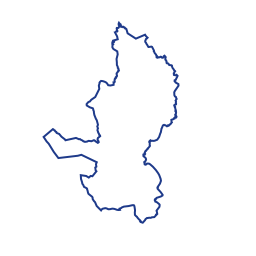 outline of Birnin Gwari, Kaduna, Nigeria, rotated 137°
{"feature_id": "59680162B79463473975333", "entity_name": "Birnin Gwari", "entity_type": "district", "adm_level": 2, "iso_a3": "NGA", "parent_name": "Nigeria", "parent_adm1": "Kaduna", "projection": "robinson", "projection_center": [6.471, 10.872], "detail": "fine", "context": "isolated", "style": "outline", "palette": "blue", "viewbox_px": 256, "rotation_deg": 137, "n_neighbors": 0, "source": "geoboundaries", "source_scale": "gbopen_adm2", "svg_char_len": 5766}
<svg xmlns="http://www.w3.org/2000/svg" viewBox="0 0 256 256"><g transform="rotate(137 128 128)"><path d="M165.2,45.2L164.1,46.9L163.6,48.0L162.9,48.2L158.8,48.9L157.9,49.6L157.2,50.3L157.1,51.0L157.3,52.6L157.5,54.0L158.2,55.6L157.7,56.1L157.8,56.5L157.6,57.1L156.7,57.5L156.1,57.4L156.0,57.1L155.7,57.0L155.3,57.3L154.7,57.4L150.7,55.5L148.8,55.1L148.3,55.4L148.0,57.4L147.8,59.2L147.8,63.2L147.4,64.0L146.9,64.0L146.8,64.5L146.6,64.6L142.6,65.5L139.9,66.9L138.8,68.6L137.3,72.2L136.8,74.3L136.3,78.2L136.2,82.7L136.6,86.5L137.0,87.7L138.1,88.8L138.6,89.0L139.8,89.0L140.3,89.3L140.6,90.0L140.5,90.3L140.0,90.8L139.7,91.6L139.3,92.0L138.4,91.6L137.7,92.1L136.5,92.4L135.8,93.4L135.6,94.1L135.6,94.6L135.9,96.7L135.8,97.1L135.4,97.3L135.0,98.0L134.8,98.1L133.9,97.1L133.2,97.3L133.2,98.2L132.9,98.4L132.7,98.2L132.1,98.8L130.7,99.3L130.4,99.3L130.2,99.0L128.0,99.5L127.5,99.3L127.3,99.6L126.2,99.6L124.6,99.8L124.1,100.0L123.9,100.6L122.3,102.2L122.1,103.2L121.9,103.4L121.0,103.1L120.9,103.7L120.1,103.7L120.1,103.3L119.1,102.3L118.4,101.4L117.2,100.5L114.6,99.5L111.4,100.2L108.3,101.9L106.9,102.5L103.9,104.7L103.2,104.9L100.9,106.0L100.2,106.0L99.5,105.7L99.4,105.2L98.7,104.4L98.4,102.7L97.3,102.2L96.7,102.6L96.2,101.9L95.1,102.1L94.5,101.8L93.8,102.0L93.2,102.0L92.6,102.3L92.1,102.2L91.7,103.2L90.7,104.4L89.5,103.9L89.1,103.6L88.6,103.5L88.1,103.6L87.7,103.3L87.3,103.8L86.9,103.8L86.4,103.2L85.7,102.8L84.9,103.1L84.7,103.3L84.6,103.8L85.2,103.6L85.4,104.1L84.9,104.4L84.6,105.3L84.3,105.6L83.3,105.6L82.6,106.5L82.1,106.7L81.5,107.6L81.7,108.2L80.9,108.4L80.4,109.6L79.7,110.6L79.6,111.2L79.1,111.4L79.0,111.8L79.1,112.3L78.7,113.1L77.6,113.0L76.8,112.6L76.5,113.1L76.1,113.2L75.9,113.8L75.0,114.4L74.5,115.6L74.1,115.6L73.2,116.1L72.6,116.1L72.3,117.1L71.9,117.7L71.8,118.0L72.1,119.1L71.9,119.8L71.7,120.4L69.8,122.6L68.6,123.1L62.2,124.5L61.2,125.8L62.1,128.6L61.9,129.0L62.1,129.9L62.0,130.5L61.3,131.1L60.7,130.8L60.0,130.7L59.6,131.0L57.4,131.8L56.2,132.3L56.2,133.8L57.3,134.1L58.2,135.5L57.3,136.7L56.8,136.6L56.2,137.2L54.8,137.4L54.8,137.8L54.9,138.8L54.6,139.6L54.5,141.3L53.8,143.2L53.3,143.7L53.6,144.5L54.3,145.2L54.9,146.0L54.7,146.5L54.6,147.7L55.4,148.8L55.4,149.3L55.1,149.7L54.7,149.9L54.5,150.6L54.0,151.3L54.1,152.4L53.5,153.2L52.1,154.1L52.2,154.9L52.0,155.4L52.0,156.0L52.6,156.1L52.9,155.5L53.5,155.6L54.1,155.5L54.7,155.7L55.2,156.3L55.3,156.7L55.0,157.1L55.5,157.9L56.7,158.2L57.0,158.4L57.6,159.2L58.3,159.1L58.6,159.4L58.9,160.1L58.7,160.6L57.7,161.1L57.7,162.2L57.4,162.6L57.4,164.5L56.9,165.7L56.9,166.4L56.3,166.8L56.1,167.3L55.1,170.9L55.4,171.6L56.9,172.6L57.8,173.3L57.8,173.6L57.3,175.6L57.1,177.0L56.7,178.1L56.7,179.0L56.5,179.4L55.9,180.0L55.1,180.3L54.3,180.8L53.0,180.6L52.1,180.7L52.2,181.5L52.2,183.1L51.9,184.6L61.3,188.0L63.7,197.5L61.7,201.5L61.8,201.8L61.9,202.0L61.8,202.3L61.9,202.8L62.2,203.0L61.9,203.7L62.2,204.6L62.3,204.5L62.4,204.9L62.9,205.1L63.0,205.4L62.9,205.6L63.3,206.2L63.7,206.3L64.0,206.6L63.4,207.4L63.3,208.0L63.1,208.2L63.2,208.4L62.8,209.0L63.0,209.3L62.9,209.8L63.1,210.0L62.9,211.1L63.4,210.9L64.5,209.8L64.7,208.6L65.0,208.3L66.0,208.0L66.2,207.8L66.8,207.8L67.9,208.8L68.2,208.7L68.5,208.4L69.2,207.2L69.6,206.1L70.0,206.0L70.3,206.6L70.9,206.8L71.8,206.5L72.3,206.8L73.5,202.4L75.0,199.9L79.4,202.1L79.6,202.0L79.7,201.1L79.5,200.5L79.8,200.4L80.2,200.6L80.5,200.8L80.9,201.4L81.0,201.4L81.5,200.7L82.1,200.3L81.8,199.3L82.9,199.1L84.3,197.8L84.5,197.3L84.8,195.7L83.6,191.4L85.3,188.9L89.3,186.3L91.4,183.6L93.2,181.6L93.7,179.9L94.5,178.9L94.4,178.2L94.6,178.1L95.3,176.9L95.3,176.4L96.0,176.1L96.6,176.4L96.9,176.3L97.1,176.0L99.1,175.7L99.9,174.7L100.1,174.1L100.7,173.5L101.2,173.6L102.2,173.5L102.3,172.9L102.8,172.8L103.6,172.7L103.8,173.0L104.2,172.9L105.5,171.9L106.0,171.0L106.6,170.7L107.1,170.8L107.5,171.2L108.0,170.5L109.1,169.4L111.9,171.1L113.3,172.8L112.9,174.9L113.0,176.4L113.5,177.7L114.5,179.5L115.6,180.8L116.9,180.8L117.9,180.6L118.6,179.9L120.4,178.9L122.3,176.2L130.8,173.0L135.6,173.7L137.8,173.4L138.4,173.7L139.7,174.0L142.0,173.7L142.8,172.6L141.8,169.1L140.3,166.4L140.7,165.3L141.1,164.9L141.6,163.5L142.5,162.4L143.7,160.5L145.3,156.4L145.3,155.8L145.8,154.5L147.8,150.8L149.4,150.1L150.2,148.2L150.9,148.0L152.1,146.9L152.3,146.0L153.0,144.9L153.0,144.3L153.3,143.3L153.8,142.6L153.5,141.7L153.9,141.0L156.8,141.2L157.7,140.7L158.3,140.1L158.6,138.4L159.1,137.6L160.2,137.7L160.9,140.6L160.8,141.2L161.2,142.3L163.8,143.3L165.5,145.4L166.2,145.7L167.0,145.9L168.4,146.8L169.2,147.6L169.4,147.9L169.4,148.5L169.8,149.0L169.8,149.8L170.6,151.9L170.7,152.7L171.5,153.2L172.8,156.2L182.1,161.7L181.9,162.7L182.6,167.0L182.4,170.6L183.5,172.9L183.5,173.5L183.2,173.7L183.1,174.0L183.5,175.2L183.2,176.1L183.5,176.7L183.5,177.9L183.7,178.4L195.8,179.0L196.7,173.7L196.7,170.6L198.6,161.1L199.4,153.5L183.6,141.9L180.4,140.2L174.2,124.3L176.1,123.4L177.5,121.3L178.9,121.4L180.6,119.0L180.6,117.9L186.9,117.0L188.0,118.4L190.5,118.5L191.3,121.4L194.7,125.7L197.1,122.8L198.6,119.6L199.4,118.4L199.6,116.7L200.3,115.0L199.3,112.1L199.4,111.4L199.8,111.0L200.1,110.1L201.4,107.9L201.8,106.7L201.1,102.1L201.4,101.2L202.3,100.1L202.7,97.9L202.7,96.2L204.1,92.3L203.9,86.1L202.6,86.4L201.5,86.2L199.3,84.9L198.5,83.8L197.8,82.0L196.5,80.9L194.6,79.8L193.7,78.9L193.0,77.9L191.8,75.6L190.7,74.3L189.7,73.6L189.2,74.8L187.6,74.1L186.7,74.1L184.6,73.3L180.8,70.5L177.5,68.6L176.4,67.6L176.5,66.8L177.0,65.9L178.7,63.4L179.3,62.7L180.5,61.7L182.2,59.7L182.2,58.0L182.0,56.9L182.2,56.3L182.3,53.7L182.1,52.1L182.3,51.0L182.8,51.2L182.9,50.7L181.8,48.7L179.3,48.9L178.3,49.0L177.4,49.4L175.4,49.2L175.1,48.8L173.8,48.0L172.5,46.7L171.6,46.5L169.5,44.9L166.4,45.1L166.4,45.5L166.1,45.5L165.6,45.2L165.2,45.2Z" fill="none" stroke="#1e3a8a" stroke-width="2"/></g></svg>